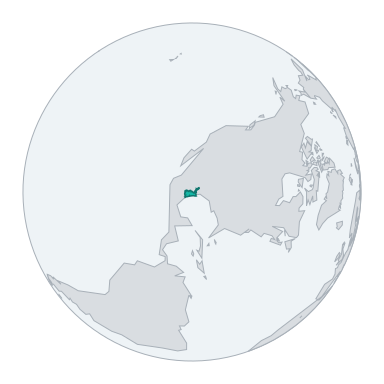 Tamaulipas highlighted on a globe, orthographic projection, rotated 75°
{"feature_id": "MEX-2716", "entity_name": "Tamaulipas", "entity_type": "State", "adm_level": 1, "iso_a3": "MEX", "parent_name": "Mexico", "parent_adm1": "", "projection": "orthographic", "projection_center": [-98.976, 24.945], "detail": "fine", "context": "on_globe", "style": "filled", "palette": "teal", "viewbox_px": 384, "rotation_deg": 75, "n_neighbors": 0, "source": "natural_earth", "source_scale": "10m", "svg_char_len": 11490}
<svg xmlns="http://www.w3.org/2000/svg" viewBox="0 0 384 384"><g transform="rotate(75 192 192)"><circle cx="192" cy="192" r="169" fill="#eef3f6" stroke="#a8b0b8"/><path d="M31.6,245.1L32.0,246.3L31.6,245.1ZM251.4,235.8L247.5,234.6L244.0,239.9L230.3,233.9L224.7,224.7L179.3,211.4L174.0,206.3L172.9,197.9L152.9,169.5L163.8,196.1L156.9,190.9L150.6,181.3L153.1,179.1L147.5,165.2L140.7,159.5L136.7,142.0L143.1,120.6L145.9,124.2L147.2,119.1L143.7,114.5L141.1,112.8L140.7,92.7L130.8,81.3L123.1,82.6L128.3,78.9L110.6,85.3L102.3,84.4L114.5,82.5L118.0,80.3L113.7,78.0L116.3,75.2L115.8,72.7L119.3,69.8L126.2,69.5L128.6,67.7L125.4,66.3L127.0,62.9L131.2,65.2L134.3,59.5L146.4,59.0L154.9,69.4L164.5,68.4L180.8,77.6L182.2,74.9L189.2,77.4L193.4,75.4L195.2,78.1L197.0,74.3L194.5,72.2L194.5,69.9L196.7,68.7L199.4,71.8L198.7,72.9L200.7,73.2L201.1,75.3L202.1,73.6L205.2,77.8L205.5,72.0L210.7,74.0L211.9,77.3L207.4,79.0L198.8,92.7L198.5,97.4L202.7,101.8L219.8,105.3L221.3,110.0L226.6,114.8L227.8,111.0L224.0,105.9L227.6,100.5L222.6,95.5L223.3,92.8L220.0,87.3L225.2,86.0L232.1,88.0L235.2,92.7L238.3,93.8L239.2,88.0L248.6,96.0L261.2,100.3L263.1,102.9L259.9,109.7L250.2,112.7L246.0,123.4L253.6,114.6L258.2,122.0L261.0,122.6L263.5,121.4L263.7,118.0L266.2,120.4L259.8,129.5L257.3,127.4L259.4,124.4L254.9,126.1L250.6,133.1L253.2,136.8L243.9,145.0L245.7,147.9L244.7,151.6L242.4,146.3L246.3,156.2L235.7,170.0L240.7,187.9L230.6,175.1L223.7,174.5L215.8,175.8L216.5,178.7L205.1,177.7L196.2,184.8L195.0,199.4L200.6,209.9L213.1,209.3L215.9,202.9L224.5,200.6L220.3,217.5L235.7,217.9L235.4,230.0L240.1,235.4L247.3,232.7L255.0,234.2L259.6,226.4L267.5,220.9L268.5,230.4L272.2,220.6L277.0,224.1L292.1,219.4L291.2,221.9L304.1,228.9L316.6,228.6L319.5,234.1L318.1,238.8L322.1,238.1L322.1,240.7L336.6,236.3L342.8,238.0L341.8,247.0L335.0,261.0L325.0,284.2L311.7,296.9L305.7,305.6L290.9,320.0L283.2,322.4L282.7,326.2L276.3,330.6L270.6,332.6L267.3,335.9L263.0,337.3L264.3,338.3L254.1,343.8L253.4,346.0L245.2,349.7L244.9,350.7L242.9,351.1L240.1,352.1L238.8,352.8L234.1,353.0L236.3,350.2L240.5,348.1L237.9,348.3L247.2,342.5L243.3,344.1L249.7,335.8L257.9,327.5L268.6,302.5L266.5,298.0L255.8,294.2L243.1,275.9L247.5,266.3L244.3,262.6L254.7,247.7L251.4,235.8ZM58.4,179.3L59.2,175.5L60.2,178.6L58.4,179.3ZM58.8,172.7L58.7,174.1L58.6,172.8L58.8,172.7ZM58.0,171.5L58.6,172.3L57.8,171.7L58.0,171.5ZM56.9,170.4L57.5,170.8L57.4,170.9L56.9,170.4ZM240.9,194.1L258.5,199.6L249.5,202.4L251.0,200.5L246.4,197.8L238.1,195.9L229.9,199.0L240.9,194.1ZM55.6,167.5L55.3,166.6L56.0,166.7L55.6,167.5ZM246.5,182.9L243.6,182.7L246.3,182.1L246.5,182.9ZM139.6,112.6L143.4,114.8L145.5,120.2L142.1,118.6L139.6,112.6ZM135.9,103.0L138.4,103.0L136.8,108.0L135.9,106.4L135.9,103.0ZM116.9,84.5L119.5,85.6L116.1,85.5L116.9,84.5ZM115.1,72.9L113.5,73.6L113.9,72.0L115.1,72.9ZM217.3,88.4L218.6,87.9L218.6,89.1L217.3,88.4ZM214.6,86.6L213.6,88.5L212.2,88.0L212.9,86.8L214.6,86.6ZM119.6,66.3L120.7,63.9L120.8,66.2L119.6,66.3ZM216.2,84.5L209.8,86.8L207.3,85.9L207.7,80.9L216.2,84.5ZM122.1,62.5L124.7,57.1L121.4,57.9L132.1,53.0L126.4,58.9L127.0,61.6L124.6,61.1L122.1,62.5ZM192.8,72.1L195.5,74.2L191.1,73.7L192.8,72.1ZM190.0,72.3L176.7,74.7L173.8,71.3L178.8,71.0L173.3,67.8L178.5,64.9L182.6,66.0L183.5,68.7L184.8,65.6L190.0,72.3ZM137.6,51.4L139.2,50.2L138.8,51.4L137.6,51.4ZM194.1,69.0L191.7,69.6L189.0,66.6L193.3,64.8L192.8,66.3L194.1,69.0ZM169.4,68.5L168.2,66.2L172.0,63.1L172.0,61.9L178.3,64.6L169.4,68.5ZM194.5,66.4L195.6,64.1L198.9,64.4L196.3,68.2L194.5,66.4ZM186.4,66.7L185.3,65.2L187.4,65.4L186.4,66.7ZM211.3,65.0L208.4,65.5L206.8,64.0L211.3,65.0ZM195.8,63.2L194.6,63.1L193.7,62.6L195.0,61.2L195.8,63.2ZM180.6,62.4L182.4,61.7L178.2,61.1L180.8,59.0L184.6,61.3L184.1,59.5L184.9,58.9L187.0,61.4L180.6,62.4ZM193.5,58.5L199.1,61.1L204.8,60.3L206.4,61.6L197.0,62.7L193.5,58.5ZM189.5,59.9L192.3,59.3L192.9,61.1L191.4,62.7L189.5,59.9ZM181.3,56.9L176.2,59.5L175.6,58.9L181.3,56.9ZM195.0,57.8L193.6,57.2L195.3,57.6L195.0,57.8ZM185.4,56.7L183.7,57.6L183.0,57.0L185.4,56.7ZM192.2,55.4L194.0,56.2L193.0,57.2L192.2,55.4ZM189.0,55.7L188.4,54.6L191.6,57.1L188.3,56.2L189.0,55.7ZM185.0,55.9L184.0,55.8L185.8,55.7L185.0,55.9ZM194.9,51.3L199.1,54.3L196.9,56.4L193.1,53.2L194.9,51.3ZM240.9,353.0L234.0,353.3L238.3,353.0L243.8,351.1L246.5,351.2L240.9,353.0ZM255.9,347.3L260.8,345.3L261.2,345.3L258.0,346.7L255.9,347.3ZM302.3,64.0L301.2,63.6L304.9,66.6L305.9,67.2L309.5,70.6L307.0,69.2L312.7,76.5L326.6,93.7L328.5,98.4L327.2,100.0L315.5,87.8L312.4,78.8L308.3,75.1L303.2,73.3L302.7,71.0L300.3,69.4L298.6,66.2L290.6,59.4L288.0,56.4L279.5,51.7L277.0,49.7L282.8,52.9L285.4,53.8L278.3,47.5L275.3,45.7L270.4,43.4L269.0,42.3L265.1,40.9L258.4,37.3L263.3,40.8L257.7,39.0L250.7,36.1L249.7,36.3L261.0,41.1L264.8,42.5L266.6,42.7L277.5,48.1L281.1,50.8L273.0,48.1L277.2,51.9L269.0,48.7L243.4,36.6L235.4,33.1L233.6,29.6L238.6,30.7L241.7,32.4L243.7,31.9L241.2,31.4L240.1,30.7L234.4,29.4L233.3,28.9L229.6,28.8L227.7,28.0L230.1,28.1L220.0,26.3L214.5,25.1L212.7,25.0L212.4,25.2L205.7,23.9L204.6,23.9L206.4,24.3L205.6,24.7L201.5,25.1L199.4,24.6L200.6,24.4L200.0,23.5L203.5,23.5L202.2,23.4L198.7,23.4L199.4,24.3L197.5,24.7L196.4,24.1L196.7,24.3L195.1,24.4L191.6,24.2L192.4,24.9L177.7,28.4L169.4,28.9L170.1,27.5L157.6,31.0L149.2,32.3L150.9,32.5L146.1,35.0L148.7,34.6L149.1,34.9L137.8,42.4L133.6,44.2L130.6,48.6L131.5,48.9L134.5,47.7L132.1,53.0L121.4,57.9L120.0,57.0L114.3,61.1L111.9,58.7L107.2,59.1L107.9,54.8L104.2,55.9L102.3,57.4L95.9,60.4L89.0,61.9L102.6,53.7L114.6,52.3L110.4,52.0L113.8,50.2L113.7,49.0L110.5,49.3L108.7,50.4L115.9,43.0L113.0,42.8L107.4,46.2L102.1,49.3L96.8,52.4L107.2,45.9L118.0,40.1L129.3,35.1L140.9,31.0L152.7,27.7L164.8,25.2L177.0,23.7L189.2,23.1L201.5,23.3L213.8,24.4L225.9,26.5L237.9,29.4L249.6,33.1L261.0,37.8L272.0,43.2L282.6,49.4L292.7,56.4L302.3,64.0ZM360.3,177.2L360.4,179.1L359.6,177.1L353.5,163.4L351.3,152.8L347.3,144.1L328.9,99.4L329.1,96.9L319.4,81.1L318.9,80.5L320.2,82.0L328.4,92.2L335.7,103.1L342.2,114.5L347.7,126.4L352.3,138.7L356.0,151.3L358.6,164.2L360.3,177.2ZM340.0,117.8L341.6,120.5L340.0,117.8ZM292.6,219.1L294.5,220.4L292.2,221.2L292.6,219.1ZM248.8,206.7L252.3,206.3L254.2,207.5L251.7,208.5L248.8,206.7ZM276.6,200.7L280.3,200.6L276.7,202.4L276.6,200.7ZM261.1,200.1L273.6,201.2L266.6,205.9L258.6,205.3L263.8,203.3L261.1,200.1ZM246.0,189.0L248.3,189.3L247.9,191.2L246.0,189.0ZM248.5,182.5L247.7,182.8L246.4,181.5L248.5,182.5ZM258.6,121.4L259.2,120.8L262.0,120.2L261.2,121.9L258.6,121.4ZM271.4,110.5L275.3,114.6L272.0,112.6L271.6,115.5L264.1,115.2L263.7,104.2L265.2,109.0L271.4,110.5ZM254.0,112.4L258.8,113.4L253.6,112.7L254.0,112.4ZM288.6,65.3L289.8,64.8L293.2,67.2L296.4,72.3L291.6,68.8L288.6,65.3ZM290.8,63.7L281.8,60.2L279.5,57.3L282.3,59.5L281.6,57.9L286.1,61.0L292.5,62.1L295.9,64.4L300.1,71.8L296.9,67.9L295.8,68.5L290.8,63.7ZM263.2,60.7L259.3,60.3L259.2,54.3L262.8,55.4L266.3,60.2L264.0,61.8L263.2,60.7ZM218.1,75.5L216.6,76.6L215.9,75.6L216.5,73.9L218.1,75.5ZM210.1,65.4L223.8,70.3L222.8,71.6L232.1,73.5L233.0,77.8L227.0,76.4L234.7,81.4L229.6,81.9L235.1,85.0L221.6,81.3L217.3,82.3L221.7,79.5L220.9,75.3L219.3,73.9L211.6,70.6L202.1,71.2L199.9,67.6L200.8,64.9L202.7,64.2L203.6,66.7L205.6,64.0L208.3,67.1L210.1,65.4ZM212.9,41.9L213.1,44.0L217.5,41.2L220.3,43.4L220.6,42.9L224.4,44.3L229.5,45.4L230.1,46.6L231.9,46.5L234.4,47.6L237.0,48.0L239.0,50.4L242.3,51.2L241.3,51.9L246.6,52.7L243.6,53.2L246.5,55.0L247.9,53.5L252.3,67.8L256.4,74.1L261.5,79.3L255.7,80.2L247.2,76.2L238.3,70.3L235.2,64.4L233.1,66.2L231.0,64.0L233.5,63.5L228.4,63.0L227.3,61.1L219.4,57.2L212.6,58.1L209.6,56.9L211.7,55.7L207.2,55.4L209.1,52.4L206.9,51.6L206.6,48.0L211.9,46.4L209.1,45.7L208.8,43.2L212.9,41.9ZM195.1,50.3L200.8,47.4L205.1,47.4L203.8,53.7L205.4,54.9L204.8,59.4L198.5,59.5L199.3,58.1L198.6,56.9L200.8,57.3L198.5,56.0L199.5,54.2L198.0,52.8L200.2,52.2L195.1,50.3ZM313.9,75.7L312.8,74.3L316.1,77.6L317.0,78.7L313.9,75.7ZM309.3,71.1L312.4,74.0L311.3,73.1L309.3,71.1ZM281.4,51.7L279.7,50.4L280.7,50.7L282.9,52.1L281.4,51.7ZM226.6,35.7L226.0,36.5L224.9,36.2L220.6,37.0L218.2,35.7L219.9,34.7L226.6,35.7ZM223.3,34.4L221.8,34.8L221.6,33.9L223.3,34.4ZM216.3,34.8L215.5,33.8L217.5,35.7L216.3,34.8ZM200.9,26.7L209.5,26.7L214.1,26.5L214.2,25.8L217.7,27.2L210.7,27.4L200.9,26.7ZM180.8,28.0L180.8,29.1L178.4,29.1L178.0,28.8L180.8,28.0ZM182.5,28.4L187.0,29.2L185.4,30.1L182.2,29.3L182.5,28.4ZM205.4,30.8L208.2,30.8L208.3,31.5L205.4,30.8ZM31.5,244.9L31.6,245.1L32.0,246.3L31.7,245.3L31.5,244.9ZM86.7,59.9L83.2,62.8L80.9,64.7L86.7,59.9ZM88.2,58.7L91.0,56.6L104.0,48.3L105.4,47.8L92.6,55.6L94.6,54.1L92.3,55.6L88.2,58.7ZM137.8,50.2L139.1,50.2L137.2,50.9L137.8,50.2ZM150.6,34.7L150.9,35.2L148.7,35.9L150.6,34.7ZM150.5,37.4L152.8,36.2L151.2,37.6L150.5,37.4ZM157.8,33.8L154.1,35.9L156.4,33.7L157.8,33.8Z" fill="#d9dde1" stroke="#a8b0b8" stroke-width="1"/><path d="M190.1,184.0L190.3,184.1L190.5,184.2L190.6,184.5L190.7,184.8L190.6,185.0L190.8,185.2L190.8,185.3L190.8,185.5L190.7,185.6L190.8,185.6L190.7,185.8L190.8,185.9L190.9,186.0L191.1,186.2L191.3,186.4L191.4,186.7L191.5,187.0L191.5,187.3L191.7,187.5L191.8,187.7L192.0,187.7L192.1,187.8L192.1,187.7L192.2,187.8L192.3,187.8L192.5,187.8L192.6,188.0L192.8,188.0L192.7,188.1L192.8,188.1L193.0,188.1L193.3,188.2L193.3,188.3L193.4,188.2L193.5,188.3L193.8,188.6L194.0,188.7L194.3,188.7L194.4,188.8L194.5,188.7L194.9,188.7L195.1,188.7L195.2,188.8L195.4,188.8L195.5,188.8L195.7,189.0L195.9,189.1L196.0,189.2L196.1,189.3L196.3,189.3L196.3,189.2L196.5,189.1L196.9,189.0L196.8,189.4L196.8,189.5L196.8,189.8L196.7,189.9L196.6,190.3L196.4,190.7L196.0,191.3L195.6,193.2L195.4,194.7L195.4,195.3L195.1,195.4L195.3,195.5L195.3,195.8L195.3,195.7L195.4,195.4L195.4,195.5L195.3,196.1L195.3,196.4L195.3,197.0L195.3,197.8L195.3,198.2L195.3,197.9L195.3,198.0L195.2,198.3L195.1,198.5L195.0,198.8L194.9,198.9L195.0,198.9L195.1,198.7L195.1,198.8L195.1,199.1L195.2,199.4L195.1,199.5L195.3,199.9L195.2,199.9L195.1,200.0L195.0,199.9L194.9,199.9L194.9,199.7L194.7,199.6L194.4,199.6L194.2,199.4L193.9,199.3L193.8,199.5L193.7,199.5L193.6,199.4L193.6,199.5L193.5,199.4L193.4,199.4L193.0,199.4L192.9,199.4L192.7,199.5L192.4,199.6L192.1,199.6L191.8,199.5L191.7,199.4L191.4,199.4L191.2,199.3L191.1,199.0L191.0,198.8L190.9,198.7L190.8,198.8L190.7,198.8L190.6,198.6L190.4,198.5L190.5,198.7L190.5,198.8L190.4,198.8L190.1,198.8L189.2,198.4L189.1,198.1L189.3,198.0L189.4,197.9L189.5,197.8L189.5,197.7L189.4,197.6L189.2,197.4L189.2,197.2L189.1,197.3L189.1,197.1L189.1,196.8L189.0,196.7L188.9,196.7L189.0,196.5L189.3,196.6L189.5,196.6L189.4,196.2L189.5,195.8L189.6,195.6L189.8,195.5L190.1,195.5L190.3,195.5L190.4,195.4L190.6,195.1L190.7,194.9L190.3,194.6L190.3,194.4L190.3,194.2L190.4,193.8L190.4,193.7L190.3,193.3L190.0,193.4L190.0,193.2L190.1,192.9L190.4,192.8L190.5,192.9L190.6,192.7L190.8,192.6L191.0,192.5L191.1,192.4L191.3,192.4L191.5,192.5L191.5,192.4L191.4,192.3L191.4,192.2L191.5,192.1L191.4,191.9L191.5,191.8L191.5,191.7L191.8,191.5L192.0,191.6L193.3,190.7L193.4,190.4L193.2,190.4L193.1,190.2L193.1,189.4L193.1,189.1L193.1,188.9L192.6,188.8L192.5,188.7L192.4,188.7L192.3,188.8L192.2,189.0L192.1,188.8L191.9,188.6L191.7,188.7L191.5,188.3L191.5,188.2L191.4,188.0L191.1,187.8L191.1,187.7L191.0,187.8L190.9,187.8L190.8,187.7L190.9,187.4L190.9,187.2L190.6,186.9L190.4,186.9L190.2,186.9L190.3,186.8L190.3,186.7L190.5,186.4L190.4,186.4L190.2,186.3L190.1,186.2L190.2,185.5L190.1,185.4L190.0,184.8L190.0,184.6L189.9,184.5L189.6,184.5L189.6,184.4L189.6,184.2L189.8,184.1L190.1,184.0ZM195.2,198.5L195.2,198.4L195.2,198.5L195.2,198.5Z" fill="#14b8a6" stroke="#0f766e" stroke-width="1.5"/></g></svg>